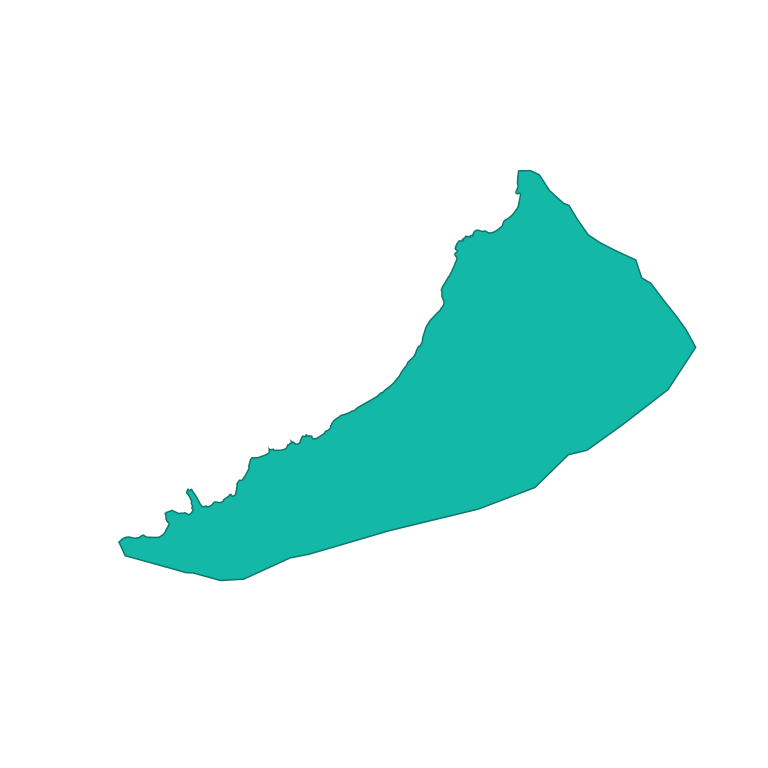 Mutsamudu, Andjouân, Comoros (orthographic projection), rotated 339°
{"feature_id": "10938185B74704582538531", "entity_name": "Mutsamudu", "entity_type": "district", "adm_level": 2, "iso_a3": "COM", "parent_name": "Comoros", "parent_adm1": "Andjouân", "projection": "orthographic", "projection_center": [44.366, -12.183], "detail": "fine", "context": "isolated", "style": "filled", "palette": "teal", "viewbox_px": 768, "rotation_deg": 339, "n_neighbors": 0, "source": "geoboundaries", "source_scale": "gbopen_adm2", "svg_char_len": 4575}
<svg xmlns="http://www.w3.org/2000/svg" viewBox="0 0 768 768"><g transform="rotate(339 384 384)"><path d="M647.2,491.0L688.1,461.5L685.3,440.8L681.0,424.8L674.6,404.4L669.2,385.6L662.6,377.2L663.5,358.4L658.0,352.8L646.4,340.8L636.1,329.2L628.1,317.9L623.5,299.6L620.7,283.6L616.3,279.6L607.9,262.8L604.0,244.4L597.1,237.2L586.1,233.3L583.9,237.2L582.6,239.9L580.7,243.9L580.3,245.8L580.3,247.1L579.2,248.6L576.8,251.1L575.8,252.4L575.8,253.3L576.0,253.6L576.5,254.1L577.0,254.3L577.6,254.4L578.4,254.2L578.9,254.4L579.3,254.7L579.3,255.8L578.9,257.0L577.1,259.7L576.0,261.6L574.5,263.8L573.2,266.1L571.8,267.4L570.2,268.6L567.8,270.1L564.8,272.0L561.3,273.3L557.8,274.3L554.9,274.6L553.3,276.0L551.6,278.2L550.8,279.0L547.9,279.9L545.8,280.7L541.8,281.5L539.1,281.5L537.5,281.1L535.3,280.2L534.3,278.5L533.3,277.4L530.9,276.9L529.9,276.6L528.6,275.5L527.6,274.5L526.6,274.0L525.8,273.9L525.3,273.6L523.7,273.8L522.6,274.4L521.2,275.6L520.3,276.8L520.2,277.4L519.6,276.9L518.7,276.6L517.5,276.8L517.1,277.7L515.7,276.9L513.6,275.4L512.9,275.5L512.6,276.4L509.2,277.1L509.7,277.9L509.7,278.4L508.0,278.4L505.9,277.5L504.9,277.5L503.9,278.6L503.3,278.7L502.5,279.1L500.6,281.2L500.0,281.3L499.8,282.2L499.0,283.1L499.0,283.8L500.1,285.2L500.0,286.4L498.8,287.4L497.6,287.4L496.7,288.0L496.6,290.0L497.2,291.4L497.5,292.2L496.8,293.5L495.5,295.1L493.1,297.3L492.5,298.3L491.5,299.3L488.5,302.1L488.2,302.8L485.9,304.6L483.7,306.5L478.9,310.0L477.2,311.5L473.3,314.4L471.2,316.7L471.2,318.9L469.8,322.0L469.5,323.0L469.5,325.7L469.6,328.0L469.3,329.3L468.8,330.4L468.1,331.4L467.4,332.0L466.4,332.8L464.5,333.8L463.1,335.1L461.3,336.0L459.9,336.4L455.4,338.6L452.0,340.2L450.2,341.1L448.6,342.1L446.8,343.6L445.5,344.4L443.5,346.2L441.9,348.0L441.3,348.9L440.2,350.3L438.0,353.0L436.9,354.5L435.9,356.4L435.0,358.2L434.1,359.0L432.1,360.8L431.9,361.5L429.7,361.4L427.6,363.2L425.8,365.0L424.5,366.8L422.5,368.5L421.0,369.4L418.9,370.4L417.2,370.9L415.1,372.0L414.3,372.2L412.3,374.2L411.1,375.2L409.4,376.0L406.3,378.0L404.7,379.0L402.8,380.8L401.5,381.8L400.0,382.8L398.0,383.9L395.5,385.2L393.9,386.3L388.2,388.5L383.5,389.8L381.1,390.7L379.8,391.5L378.7,391.4L377.5,391.3L376.4,391.7L374.8,392.5L372.6,393.3L368.7,393.9L360.2,395.2L353.7,396.2L351.6,396.5L350.1,396.9L348.2,397.6L347.1,398.1L345.1,398.1L343.7,397.9L341.7,398.3L335.3,398.3L333.5,397.9L332.6,397.9L329.7,398.8L326.9,399.4L324.8,400.0L323.4,400.7L321.3,402.1L320.3,403.5L319.3,403.8L318.7,405.5L317.2,406.5L315.0,407.2L312.4,407.2L311.0,408.5L310.6,408.8L302.7,410.5L300.2,410.5L298.1,409.7L297.8,409.3L297.6,408.3L297.7,407.6L298.0,407.2L297.7,406.7L296.7,406.4L295.8,405.7L295.5,406.0L293.6,404.9L293.4,403.7L292.9,403.6L292.2,404.9L291.6,404.8L289.7,403.6L288.2,404.2L286.5,406.3L285.4,407.1L285.0,408.4L283.1,409.0L281.2,409.1L280.3,408.5L279.7,407.7L279.3,407.7L279.0,406.3L278.2,405.6L277.4,405.5L276.9,404.3L276.5,406.2L276.0,406.1L275.3,405.8L273.7,406.7L272.6,406.3L271.8,407.1L269.5,409.2L265.3,409.2L262.2,408.3L257.6,406.6L257.4,405.3L253.8,404.5L253.5,403.5L252.4,406.7L251.3,407.3L248.2,407.8L241.0,407.7L237.5,406.9L234.5,405.6L233.8,405.7L232.3,406.8L230.6,409.0L228.1,412.7L228.1,413.9L226.0,416.1L221.8,419.7L217.5,422.7L216.2,422.9L215.3,422.5L214.5,422.0L210.8,424.7L210.4,426.4L208.6,429.4L207.2,431.7L205.6,434.1L203.5,434.7L202.0,434.5L201.5,432.2L200.3,432.1L199.0,433.1L192.9,434.5L192.1,435.7L190.5,436.1L188.0,435.9L184.6,433.8L182.7,433.5L180.9,434.8L178.9,435.5L176.8,435.7L175.1,435.3L174.4,435.1L174.1,434.2L171.7,433.9L170.8,433.4L170.1,432.9L169.4,430.0L168.8,425.3L168.1,420.4L166.9,416.0L166.6,413.5L165.8,413.4L164.2,413.8L163.5,413.2L163.3,412.1L160.9,414.3L160.9,415.7L161.8,417.2L162.5,424.5L161.4,426.1L161.5,429.3L160.8,430.3L160.0,431.0L160.6,432.5L160.6,433.5L158.2,435.1L155.9,436.1L154.9,436.1L152.0,432.8L150.6,432.8L147.4,431.6L146.1,431.6L143.4,428.7L140.6,425.9L139.6,425.9L138.9,426.1L137.9,426.2L137.3,425.9L136.7,426.0L135.9,426.2L135.7,426.0L135.1,425.9L134.7,426.4L133.3,426.4L133.1,429.6L132.2,431.6L132.2,432.9L132.3,434.6L133.4,437.1L133.4,437.6L132.2,438.9L129.8,440.8L126.7,443.8L124.3,445.3L119.4,446.5L115.9,445.5L108.4,442.3L106.9,441.4L105.4,439.0L105.2,438.8L102.7,438.9L100.5,439.6L97.1,439.0L96.2,438.7L95.1,438.1L93.7,437.4L92.6,436.3L91.1,435.5L89.6,435.0L89.0,434.8L85.9,434.7L84.4,434.9L79.9,436.6L80.9,451.6L131.8,489.3L137.8,491.8L161.0,508.9L183.0,515.9L233.8,512.7L252.8,516.0L294.0,519.4L336.2,522.8L427.3,534.6L487.9,534.7L530.7,516.1L549.8,518.6L592.2,507.5L647.2,491.0Z" fill="#14b8a6" stroke="#0f766e" stroke-width="1.5"/></g></svg>